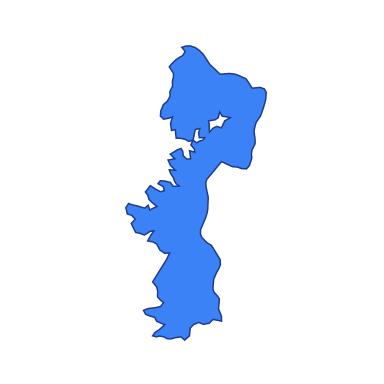 outline of Rifaina, São Paulo, Brazil, rotated 51°
{"feature_id": "56859067B80116249125616", "entity_name": "Rifaina", "entity_type": "district", "adm_level": 2, "iso_a3": "BRA", "parent_name": "Brazil", "parent_adm1": "São Paulo", "projection": "orthographic", "projection_center": [-47.445, -20.065], "detail": "fine", "context": "isolated", "style": "filled", "palette": "blue", "viewbox_px": 384, "rotation_deg": 51, "n_neighbors": 0, "source": "geoboundaries", "source_scale": "gbopen_adm2", "svg_char_len": 2706}
<svg xmlns="http://www.w3.org/2000/svg" viewBox="0 0 384 384"><g transform="rotate(51 192 192)"><path d="M73.1,108.9L78.5,108.8L80.1,113.3L79.4,117.7L79.1,121.4L79.6,126.7L80.4,130.9L88.1,131.7L91.0,134.1L93.4,137.4L97.5,140.5L100.1,146.1L103.8,148.8L106.0,154.3L106.0,159.1L109.4,165.3L113.2,168.8L117.6,168.2L120.2,163.3L121.4,159.9L125.3,165.6L131.3,169.2L133.1,165.7L136.2,167.9L140.2,170.4L143.4,166.8L146.9,164.1L150.7,162.6L152.4,158.6L154.6,163.2L159.9,163.1L162.9,164.8L158.3,167.9L161.9,170.0L165.3,172.1L163.3,175.3L158.4,176.0L154.4,173.5L151.3,173.1L150.1,176.4L149.6,180.3L148.9,185.1L155.4,184.5L152.1,190.5L157.8,192.0L164.7,191.2L160.4,195.7L164.1,197.0L169.2,197.4L172.3,198.7L175.5,199.1L179.1,198.3L175.9,203.0L170.9,202.8L166.5,206.1L163.3,209.6L164.1,213.2L169.6,211.0L173.6,212.6L172.0,216.3L166.7,218.6L160.8,220.4L161.8,224.4L162.6,228.2L167.0,228.4L170.6,230.1L174.7,229.7L181.2,228.4L180.1,232.6L179.4,236.1L174.7,234.4L174.8,238.9L168.1,243.5L164.1,246.7L161.0,248.5L162.6,253.3L168.4,256.1L172.0,253.6L177.4,253.2L178.2,259.0L182.3,260.0L188.0,261.2L191.7,258.2L195.5,256.1L196.3,249.2L198.3,246.2L199.9,251.8L202.1,257.2L206.5,253.6L210.3,252.2L213.3,252.8L216.8,253.5L222.5,251.8L225.3,247.7L228.6,254.7L237.1,279.2L243.4,279.2L247.4,281.0L251.8,284.8L256.8,284.5L260.0,283.7L261.2,288.5L258.6,293.8L255.0,299.3L253.4,304.2L257.9,305.0L262.1,302.6L265.9,299.9L270.2,300.8L273.4,299.2L278.0,296.7L278.4,304.6L277.8,308.8L279.0,313.1L282.1,310.9L283.6,307.8L286.7,305.1L290.3,303.7L292.7,301.1L295.0,296.1L297.7,291.7L302.5,290.9L302.2,284.5L298.9,281.3L296.6,278.9L296.0,274.1L297.6,268.9L302.0,266.4L304.8,261.3L304.3,255.8L310.9,250.3L307.1,247.3L299.4,244.9L292.5,238.1L289.4,237.7L283.7,237.9L280.3,236.6L273.4,230.0L270.0,223.5L268.3,219.1L266.3,215.6L262.0,212.6L245.9,210.5L240.6,212.3L233.8,213.0L230.0,211.9L226.6,209.0L222.9,202.0L220.7,197.8L217.9,193.6L215.6,190.9L206.3,182.7L197.1,178.0L193.3,175.3L191.5,172.6L187.0,149.9L194.9,146.1L197.9,144.5L201.2,141.0L204.8,138.9L208.3,135.2L207.7,131.0L203.3,124.2L199.7,121.8L197.1,118.9L194.3,112.7L191.0,110.0L183.7,105.5L180.8,102.0L178.3,98.4L176.0,90.8L171.4,83.3L166.5,76.5L161.1,71.5L157.5,70.9L153.6,73.2L149.2,79.9L138.2,78.7L129.1,83.3L126.3,85.5L123.4,88.4L118.2,96.0L104.1,97.9L92.2,96.6L86.4,97.2L81.8,98.6L77.3,101.5L74.8,104.8L73.1,108.9ZM156.4,140.6L153.7,138.9L151.0,136.5L147.2,134.3L150.3,128.9L150.8,124.9L147.3,120.2L152.2,120.8L155.4,117.7L158.3,115.5L157.3,121.8L160.7,128.8L156.6,131.4L155.6,135.7L156.4,140.6ZM152.4,158.6L145.5,150.1L147.6,145.9L150.3,149.7L154.4,152.2L157.8,147.9L158.5,151.1L157.2,154.1L156.6,157.4L152.4,158.6Z" fill="#3b82f6" stroke="#1e3a8a" stroke-width="1.5"/></g></svg>